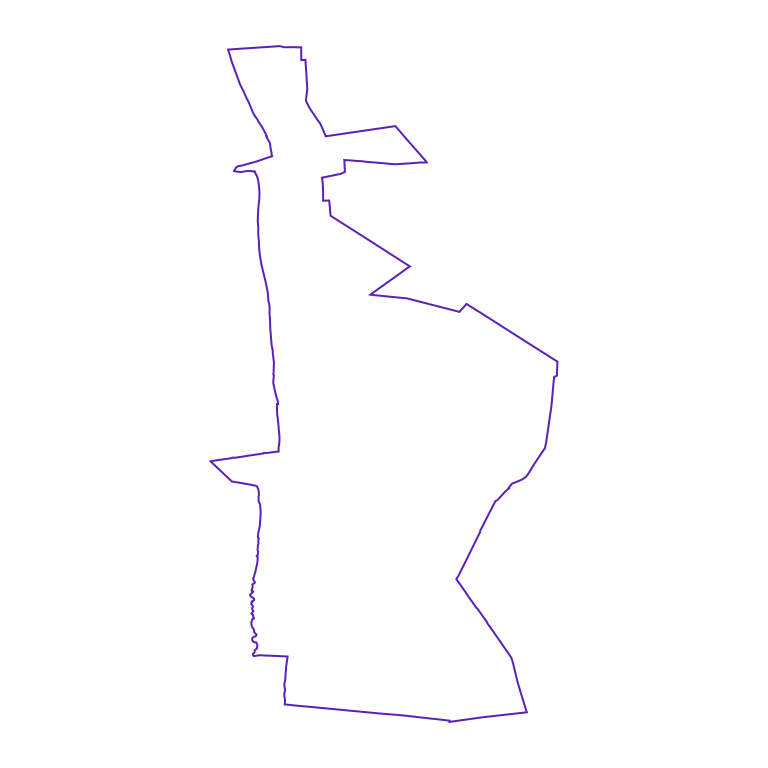 outline of Salacgrīva, Salacgrivas, Latvia
{"feature_id": "27541924B36810764356206", "entity_name": "Salacgrīva", "entity_type": "district", "adm_level": 2, "iso_a3": "LVA", "parent_name": "Latvia", "parent_adm1": "Salacgrivas", "projection": "equal_earth", "projection_center": [24.355, 57.764], "detail": "fine", "context": "isolated", "style": "outline", "palette": "violet", "viewbox_px": 768, "rotation_deg": 0, "n_neighbors": 0, "source": "geoboundaries", "source_scale": "gbopen_adm2", "svg_char_len": 5864}
<svg xmlns="http://www.w3.org/2000/svg" viewBox="0 0 768 768"><path d="M228.1,49.6L230.0,55.4L231.6,61.3L233.8,67.2L236.6,74.9L239.8,83.8L241.6,87.5L244.0,92.3L246.7,98.5L248.6,101.9L251.0,107.8L252.5,111.2L253.2,113.1L255.3,116.7L256.9,118.6L259.0,122.5L261.7,126.4L263.6,129.8L266.6,135.7L266.7,135.9L266.2,136.0L267.1,137.9L268.5,140.6L268.8,141.1L269.3,141.8L269.6,142.3L269.8,142.8L270.0,143.4L270.1,144.0L270.4,147.0L271.3,151.8L271.5,152.5L271.5,153.7L271.6,154.3L272.1,156.2L264.0,158.9L256.8,161.4L242.2,165.5L237.7,166.3L236.0,167.6L234.2,170.7L234.1,171.2L240.3,172.1L248.1,170.9L254.9,171.5L254.9,172.3L256.4,175.1L257.1,176.5L257.4,177.5L257.7,178.5L257.9,179.5L258.3,181.0L258.8,184.8L259.2,188.9L259.5,192.1L259.3,199.3L258.6,205.2L258.2,210.0L257.9,216.8L257.7,220.9L258.0,223.7L258.3,228.9L258.2,232.8L258.3,235.8L258.5,236.8L258.9,241.3L259.0,245.3L259.1,247.9L259.7,254.0L261.3,264.1L265.4,281.0L267.1,289.0L267.9,293.7L268.2,298.8L268.5,301.8L269.2,303.9L269.6,307.5L269.6,311.2L269.5,313.9L269.6,316.0L270.0,317.5L270.0,319.4L270.1,322.7L270.2,327.6L271.7,346.0L272.2,347.8L272.7,350.5L272.8,353.0L273.9,362.2L273.6,373.0L273.3,374.4L273.6,375.0L273.9,375.3L273.4,379.6L273.3,383.3L274.2,387.4L274.5,389.1L275.4,393.1L276.4,396.9L277.7,400.7L277.9,403.7L278.0,404.1L276.9,404.1L277.0,409.1L277.1,412.5L277.3,415.0L277.9,420.1L278.5,425.9L278.6,427.1L278.9,431.0L279.2,433.5L279.5,437.7L279.5,439.5L279.4,441.2L279.2,443.6L278.6,447.5L278.6,451.5L268.0,452.8L265.7,453.1L264.1,452.8L263.1,453.5L248.9,455.6L234.8,457.8L233.2,457.6L232.3,457.7L231.4,458.2L221.5,459.6L211.7,461.0L210.6,461.4L231.9,481.5L242.3,483.2L250.5,484.7L256.1,485.8L256.8,486.2L258.4,489.4L259.0,494.1L258.6,496.5L258.6,501.2L258.9,501.8L259.4,503.0L260.1,504.6L260.7,512.4L260.3,520.0L259.7,526.6L258.4,532.4L257.8,536.5L258.0,537.4L258.3,537.9L258.6,538.3L258.8,538.6L258.7,539.0L258.4,539.3L258.2,540.7L258.5,542.2L258.2,544.3L258.0,545.0L257.6,549.5L257.6,550.7L258.2,551.7L257.9,553.7L257.6,555.5L257.0,555.6L256.7,556.0L257.0,556.4L257.5,556.8L257.7,557.5L257.5,561.5L256.9,564.9L256.0,568.6L255.4,572.0L255.1,572.3L254.9,572.8L254.6,574.5L254.3,575.7L254.0,576.8L253.4,578.0L253.0,578.6L253.2,579.2L253.5,580.1L254.6,581.7L254.9,582.3L254.4,583.3L253.4,583.6L252.8,584.0L252.4,584.4L252.7,585.0L252.5,588.0L251.5,590.2L251.7,591.0L253.2,591.4L253.3,591.7L250.2,594.6L250.3,595.8L251.8,597.1L253.7,598.3L254.1,598.7L254.2,599.3L254.2,599.7L254.0,600.2L253.5,600.7L252.4,600.8L251.8,601.7L252.1,602.0L251.6,602.3L251.3,602.8L251.5,604.6L252.4,605.3L252.9,606.7L252.1,608.3L252.1,609.1L252.3,609.6L253.1,610.4L253.3,611.2L252.5,612.2L251.9,612.8L251.4,613.5L251.6,613.8L252.2,614.0L252.4,614.4L252.7,614.8L253.2,615.1L253.1,615.6L253.1,616.4L253.3,617.1L253.9,617.9L254.1,618.2L254.0,618.5L252.9,618.8L252.2,619.6L251.5,621.6L251.3,623.2L251.5,625.2L252.5,627.6L253.3,628.5L253.9,629.7L254.2,630.8L254.0,631.9L255.5,633.5L256.4,634.3L256.3,635.5L255.4,636.4L253.8,636.8L252.4,637.9L252.1,640.0L253.6,642.0L254.7,642.3L256.2,642.5L256.9,643.5L257.3,645.1L257.2,646.5L256.9,648.4L256.3,649.0L255.1,649.8L254.6,650.9L254.6,652.1L254.3,652.8L253.2,653.5L252.8,654.1L253.0,655.0L253.8,656.1L256.5,655.7L259.8,655.2L264.1,655.5L264.5,655.5L265.3,655.5L265.8,655.5L272.5,655.8L287.6,656.5L286.1,667.1L286.0,669.5L285.7,673.0L285.4,675.8L285.4,678.3L285.3,679.2L285.1,680.5L284.8,681.7L284.6,682.7L284.4,683.4L284.3,684.6L284.4,686.2L284.8,688.3L285.0,689.3L285.0,690.4L284.8,691.4L284.6,692.3L284.4,693.2L284.3,694.1L284.3,695.6L284.5,697.2L284.8,698.5L285.0,699.6L285.0,700.9L284.8,703.2L284.7,704.4L298.8,705.9L308.7,706.7L339.8,709.7L377.8,713.3L378.5,713.4L388.4,714.2L398.5,715.0L402.0,715.3L432.9,718.8L435.4,719.0L449.6,720.7L449.5,721.9L482.4,717.3L507.2,714.5L526.8,712.3L520.9,693.2L517.2,680.7L512.9,662.6L511.3,657.6L494.5,633.3L489.9,626.7L490.0,626.6L489.9,626.5L489.4,626.2L488.5,624.8L487.0,622.7L487.0,622.2L485.6,620.2L479.1,611.0L477.4,608.6L476.2,607.6L472.3,602.0L468.2,596.2L465.6,592.3L462.7,588.1L459.0,582.8L456.3,579.1L458.6,575.5L469.1,554.4L474.4,543.6L475.3,541.8L478.8,534.7L480.0,532.4L480.3,530.6L491.2,509.3L491.3,509.1L492.4,506.9L495.5,501.0L497.4,500.2L505.3,491.5L505.4,491.4L507.7,489.4L508.7,488.6L508.3,488.4L508.5,488.0L512.1,483.6L514.7,482.6L515.0,482.5L518.2,481.2L522.1,479.5L523.7,478.4L525.8,477.0L528.4,473.6L532.9,466.1L534.1,464.2L544.9,448.2L545.2,447.1L545.4,445.9L545.9,443.5L546.1,442.7L548.2,428.4L548.5,426.4L548.9,423.2L551.3,407.0L551.6,404.4L553.1,387.7L554.1,377.0L556.9,375.7L557.4,361.6L551.2,357.7L548.1,355.7L523.4,340.1L502.6,326.8L490.9,319.3L479.9,312.3L477.5,310.9L467.7,304.7L466.6,303.9L459.4,311.9L407.1,298.4L388.9,296.6L379.3,295.6L370.7,294.8L370.3,294.7L408.7,267.1L409.9,266.4L408.1,265.3L402.0,261.4L392.5,255.3L363.8,236.9L330.6,215.8L330.2,211.6L330.2,211.4L329.4,202.5L329.1,200.5L323.1,200.7L323.1,190.6L322.9,186.1L322.6,181.6L321.9,177.7L339.2,174.2L340.6,173.9L344.9,171.9L344.6,166.3L344.6,165.0L344.5,163.8L344.4,162.5L344.4,160.7L344.3,160.0L346.2,160.2L348.0,160.3L349.2,160.3L350.4,160.4L351.5,160.5L352.7,160.6L353.5,160.7L354.5,160.7L355.7,160.9L356.9,161.0L358.1,161.0L359.2,161.1L360.2,161.1L361.3,161.2L362.6,161.3L363.8,161.5L366.4,161.8L368.9,162.1L370.0,162.1L371.1,162.2L372.9,162.3L375.8,162.6L378.2,162.8L383.5,163.2L391.1,164.0L394.8,164.2L398.3,164.1L405.5,163.6L409.0,163.4L412.7,163.1L416.2,162.8L418.3,162.7L419.9,162.6L421.1,162.3L422.0,162.6L426.7,162.4L425.6,160.8L404.0,136.2L403.2,135.2L395.4,126.1L344.1,133.6L325.8,136.3L325.4,135.5L322.7,129.1L321.6,126.5L320.2,123.6L318.8,121.6L317.8,120.4L312.8,112.9L310.2,109.0L309.5,108.0L306.0,101.0L305.9,100.2L306.5,95.4L307.3,89.3L306.3,73.1L305.4,59.8L301.3,60.1L301.2,52.7L301.2,47.3L297.1,47.3L295.9,47.2L284.4,47.2L283.9,47.2L280.0,46.1L237.8,48.9L228.1,49.6Z" fill="none" stroke="#5b21b6" stroke-width="2"/></svg>